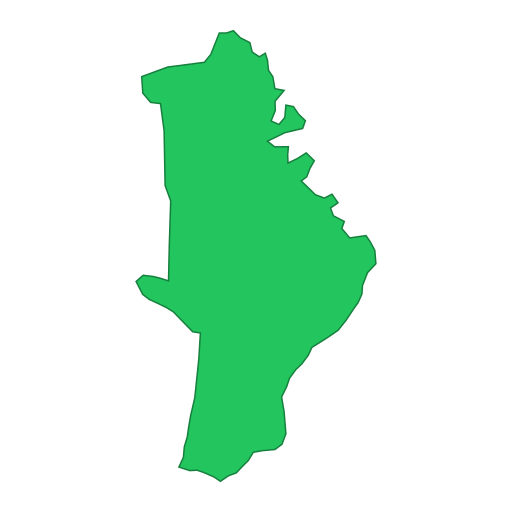 Quatro Pontes, Paraná, Brazil (Mercator projection)
{"feature_id": "56859067B95134606525009", "entity_name": "Quatro Pontes", "entity_type": "district", "adm_level": 2, "iso_a3": "BRA", "parent_name": "Brazil", "parent_adm1": "Paraná", "projection": "mercator", "projection_center": [-53.971, -24.574], "detail": "fine", "context": "isolated", "style": "filled", "palette": "green", "viewbox_px": 512, "rotation_deg": 0, "n_neighbors": 0, "source": "geoboundaries", "source_scale": "gbopen_adm2", "svg_char_len": 1470}
<svg xmlns="http://www.w3.org/2000/svg" viewBox="0 0 512 512"><path d="M178.9,467.1L189.8,470.6L197.0,470.2L203.3,472.3L213.9,476.9L220.4,481.3L228.6,475.7L236.3,472.9L241.7,467.1L248.3,460.5L253.3,452.3L262.1,450.7L275.0,449.5L282.0,444.2L285.9,433.7L284.1,411.8L281.6,396.9L286.6,386.8L289.5,378.3L295.8,369.6L301.9,363.8L308.3,355.2L311.9,347.4L326.8,338.0L338.1,330.3L346.1,320.2L353.7,308.8L358.1,302.6L361.9,294.1L362.5,285.5L367.5,272.7L375.9,263.7L374.8,250.4L370.3,241.9L366.0,235.6L349.7,237.9L341.8,228.5L344.3,221.5L333.4,215.8L330.5,208.0L338.0,202.8L332.0,194.2L324.3,198.1L315.3,194.7L307.9,187.4L301.2,181.0L306.8,176.7L309.9,168.5L314.3,160.8L306.2,152.9L297.6,158.4L288.0,163.1L287.7,154.6L288.4,146.7L281.3,146.8L274.6,146.8L267.4,141.2L284.8,132.7L296.1,130.0L302.6,128.5L305.4,120.7L298.7,114.3L293.4,106.6L285.9,105.1L284.8,117.5L278.9,124.5L271.1,121.0L275.3,110.5L275.0,101.3L284.1,90.4L274.9,88.7L272.8,76.7L268.5,70.3L267.5,60.3L265.3,53.2L259.4,56.8L252.2,52.1L249.9,42.7L240.2,37.7L233.4,30.7L226.4,33.0L219.3,33.0L210.8,54.4L204.4,62.3L167.8,67.0L141.7,76.6L142.8,93.1L150.6,102.4L160.5,103.6L164.1,130.7L165.1,185.4L170.7,201.0L169.3,244.9L168.5,280.9L160.1,278.2L153.3,276.5L143.1,275.3L136.1,281.5L142.7,294.4L149.2,299.4L157.9,303.4L166.9,307.8L173.5,312.0L192.7,331.8L200.4,333.0L198.8,359.1L194.8,397.7L190.6,415.8L188.5,428.2L187.3,436.8L184.3,446.9L183.4,457.4L178.9,467.1Z" fill="#22c55e" stroke="#15803d" stroke-width="1.5"/></svg>